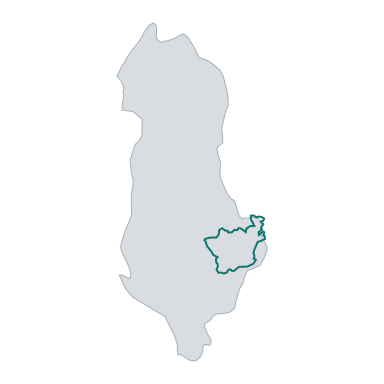 Kuçovë, Korçë, Albania (highlighted)
{"feature_id": "67620474B90792074310011", "entity_name": "Kuçovë", "entity_type": "district", "adm_level": 2, "iso_a3": "ALB", "parent_name": "Albania", "parent_adm1": "Korçë", "projection": "equal_earth", "projection_center": [20.706, 40.677], "detail": "fine", "context": "in_parent", "style": "outline", "palette": "teal", "viewbox_px": 384, "rotation_deg": 0, "n_neighbors": 0, "source": "geoboundaries", "source_scale": "gbopen_adm2", "svg_char_len": 2380}
<svg xmlns="http://www.w3.org/2000/svg" viewBox="0 0 384 384"><path d="M122.0,110.1L122.3,104.5L123.7,95.7L123.0,92.7L123.8,87.7L121.2,80.9L117.0,76.1L121.2,67.5L127.3,57.2L132.9,49.0L139.8,40.4L144.3,32.2L149.2,25.2L153.4,23.0L155.5,24.5L156.6,27.6L156.3,36.7L157.7,39.9L160.6,42.2L166.7,41.0L173.5,38.8L182.6,34.0L184.1,34.3L187.5,36.8L194.5,47.8L199.1,57.5L208.3,60.9L213.5,64.6L220.1,70.4L223.3,76.2L227.7,93.9L228.3,104.7L226.9,109.6L225.8,110.8L221.7,128.3L222.7,137.2L222.6,143.1L219.1,145.4L216.8,149.1L220.6,163.8L220.1,170.0L220.2,177.1L227.0,193.5L231.0,198.5L234.6,200.9L239.2,216.0L241.9,218.6L253.1,217.2L258.6,218.9L260.7,222.4L261.2,224.9L260.5,233.3L263.3,239.8L267.0,246.5L267.0,250.6L264.5,257.3L260.0,265.2L254.1,268.2L247.6,270.7L244.5,276.8L242.9,283.3L240.0,288.1L238.1,293.4L235.4,304.1L234.7,308.0L230.3,312.0L223.4,313.6L217.3,313.9L213.1,315.8L211.0,319.5L207.0,322.4L204.7,323.8L204.7,327.0L207.5,333.9L210.8,339.5L210.8,343.9L209.2,345.2L204.2,344.6L203.1,346.3L202.6,351.2L201.2,355.5L199.1,358.1L195.5,361.0L188.9,360.0L182.8,355.7L179.5,354.4L177.7,354.6L177.2,344.1L174.6,336.0L164.8,316.4L133.1,297.5L125.7,289.0L122.4,281.8L119.2,275.1L122.3,274.9L125.4,276.6L129.4,278.7L131.0,275.3L129.4,267.9L121.3,250.7L120.7,246.0L124.8,231.6L131.6,215.5L131.2,195.9L133.4,181.2L131.2,171.7L130.1,160.0L135.1,144.5L139.3,140.6L141.9,135.7L142.1,119.2L132.8,111.5L122.0,110.1Z" fill="#d9dde1" stroke="#a8b0b8" stroke-width="1"/><path d="M219.3,229.9L218.7,234.5L216.5,237.5L210.2,237.6L208.4,238.0L206.9,238.4L204.9,239.1L204.4,240.1L205.6,241.5L207.0,246.1L211.8,252.0L213.1,254.8L217.5,257.2L216.1,258.6L216.0,261.7L217.7,264.2L217.8,266.6L216.5,269.6L218.5,272.7L221.6,272.6L223.5,273.5L226.6,272.7L228.2,270.0L230.1,269.3L232.3,271.2L234.0,270.8L239.1,266.8L247.3,266.6L253.4,263.7L255.9,259.8L253.7,258.7L254.3,257.4L254.3,255.1L253.4,253.6L254.3,249.7L257.8,241.8L260.6,241.1L262.9,239.9L264.9,239.0L264.6,236.0L263.3,235.3L264.2,233.1L264.1,232.1L263.1,231.5L259.0,235.0L258.5,232.2L262.0,229.4L261.0,227.8L263.3,224.2L260.9,221.6L263.0,220.8L264.2,218.8L262.1,217.2L259.0,216.5L256.6,217.3L253.5,215.5L250.9,215.7L250.9,219.2L254.4,225.9L250.3,226.0L246.3,228.7L245.8,232.1L240.9,228.5L238.7,228.1L237.0,230.2L234.5,229.8L231.9,232.3L228.2,232.5L227.5,230.7L225.2,230.6L222.3,228.3L219.3,229.9Z" fill="none" stroke="#0f766e" stroke-width="2"/></svg>